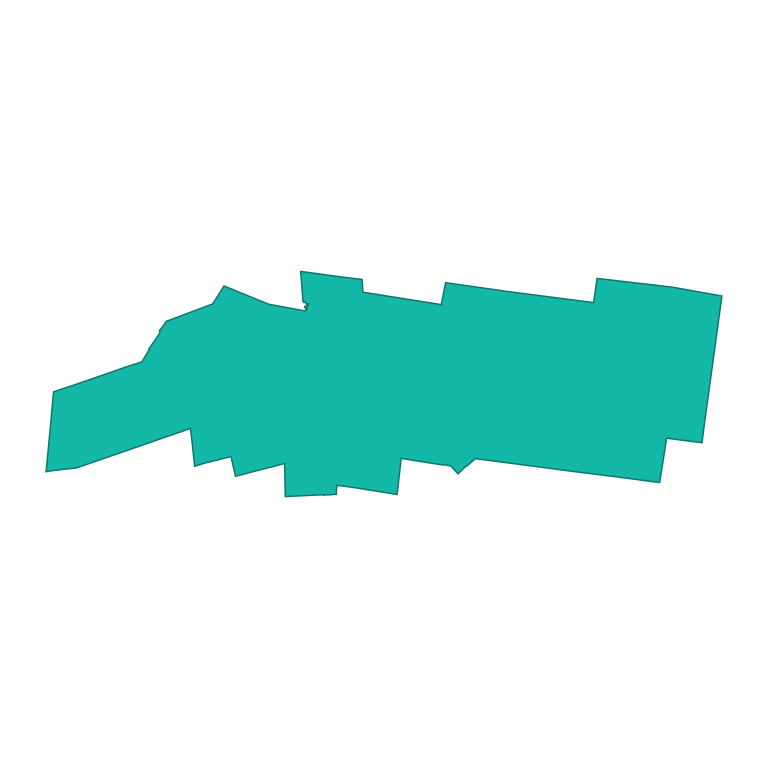 Barca, Dolj, Romania (orthographic projection)
{"feature_id": "2599482B6572149700325", "entity_name": "Barca", "entity_type": "district", "adm_level": 2, "iso_a3": "ROU", "parent_name": "Romania", "parent_adm1": "Dolj", "projection": "orthographic", "projection_center": [23.606, 43.972], "detail": "fine", "context": "isolated", "style": "filled", "palette": "teal", "viewbox_px": 768, "rotation_deg": 0, "n_neighbors": 0, "source": "geoboundaries", "source_scale": "gbopen_adm2", "svg_char_len": 2182}
<svg xmlns="http://www.w3.org/2000/svg" viewBox="0 0 768 768"><path d="M548.8,468.2L571.1,471.2L612.8,476.4L625.0,478.0L659.6,482.6L660.4,477.6L662.9,462.1L665.0,448.8L666.5,438.2L692.9,441.6L702.0,442.7L704.6,422.3L710.4,380.2L716.2,337.8L721.9,296.0L672.5,287.2L597.1,278.4L593.6,302.6L509.0,291.7L445.6,282.7L441.3,304.6L362.9,292.2L362.1,279.5L340.0,276.8L300.7,271.4L300.9,274.8L301.1,276.7L302.8,298.8L302.9,299.4L302.8,299.7L302.7,299.8L302.6,300.3L302.6,300.5L302.8,300.6L303.2,301.6L303.3,302.1L303.4,302.4L303.8,302.5L304.3,302.3L304.6,302.2L304.9,302.1L305.1,302.2L305.6,303.0L305.8,303.4L306.5,304.3L306.9,304.8L307.9,304.0L308.1,303.9L308.6,304.0L308.3,305.1L307.8,305.7L307.6,305.8L306.6,306.2L306.3,306.2L305.5,306.4L305.2,306.3L304.8,306.3L304.5,306.6L304.5,306.8L304.7,307.0L305.6,308.6L305.8,308.7L306.2,308.4L306.8,308.1L307.0,308.1L307.3,308.3L307.4,308.5L307.3,309.1L306.1,310.1L305.8,310.2L305.3,310.5L305.1,310.7L305.0,310.9L268.6,304.2L253.8,298.2L241.9,293.3L224.3,286.1L224.0,286.0L216.4,298.1L212.4,304.2L211.7,304.3L166.3,321.3L163.3,325.7L159.6,330.3L159.8,333.1L148.8,349.1L149.3,349.5L142.7,360.5L142.1,361.9L140.8,362.2L125.8,367.0L86.3,380.8L53.6,391.8L50.8,421.9L49.9,432.0L46.1,471.7L46.6,471.6L52.2,470.7L60.5,469.7L69.2,468.7L74.4,468.2L76.2,468.0L79.8,466.8L89.0,463.6L92.8,462.3L100.5,459.6L120.6,452.7L126.7,450.6L130.6,449.2L139.8,446.0L159.2,439.3L159.4,439.2L163.9,437.6L180.0,432.1L189.7,428.7L190.5,428.4L190.7,430.0L192.6,446.5L193.1,452.1L194.5,464.4L194.7,466.2L205.6,462.9L211.8,461.4L231.0,456.6L235.5,476.3L253.8,471.5L271.9,466.8L272.7,466.7L284.6,463.5L285.1,488.5L285.3,496.6L303.4,495.7L317.4,495.0L318.0,495.0L320.8,494.9L321.9,494.8L322.5,494.8L323.5,494.8L323.8,495.4L324.0,495.3L324.2,495.2L325.6,495.0L326.0,495.0L327.1,494.9L330.5,494.8L332.4,494.7L333.3,494.5L336.3,494.4L336.8,485.3L355.0,487.7L366.0,489.5L375.4,491.0L375.5,491.0L397.1,494.5L397.3,492.9L401.2,458.4L411.2,460.0L421.8,461.7L422.4,461.8L433.3,463.5L443.2,465.0L443.3,464.7L443.3,464.4L444.8,464.8L450.9,466.0L458.0,473.9L466.7,465.5L467.2,465.9L470.1,463.3L474.2,459.5L475.8,458.7L548.8,468.2Z" fill="#14b8a6" stroke="#0f766e" stroke-width="1.5"/></svg>